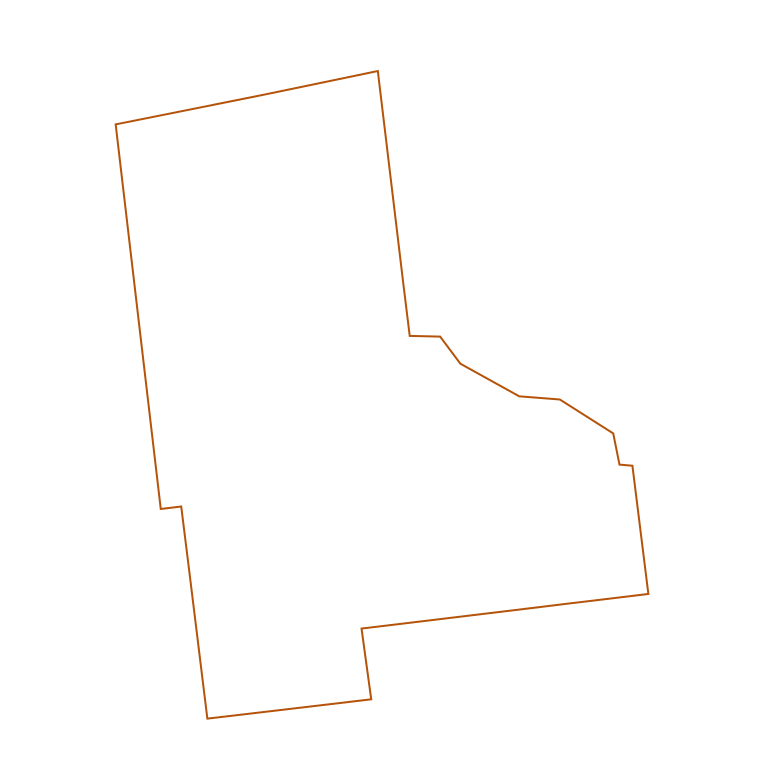 Jefferson Davis, Mississippi, United States of America, rotated 353°
{"feature_id": "52423323B71217436545860", "entity_name": "Jefferson Davis", "entity_type": "district", "adm_level": 2, "iso_a3": "USA", "parent_name": "United States of America", "parent_adm1": "Mississippi", "projection": "equal_earth", "projection_center": [-89.767, 31.582], "detail": "fine", "context": "isolated", "style": "outline", "palette": "amber", "viewbox_px": 768, "rotation_deg": 353, "n_neighbors": 0, "source": "geoboundaries", "source_scale": "gbopen_adm2", "svg_char_len": 451}
<svg xmlns="http://www.w3.org/2000/svg" viewBox="0 0 768 768"><g transform="rotate(353 384 384)"><path d="M538.8,624.4L620.8,624.6L620.6,495.4L607.9,492.7L605.5,461.0L556.6,420.8L516.7,412.7L462.3,373.2L445.5,343.8L415.4,339.4L415.4,287.2L415.8,147.6L416.0,72.6L297.7,82.4L149.3,93.6L147.2,480.8L167.8,480.9L167.9,545.9L167.9,613.1L167.9,694.6L332.9,695.4L331.9,624.0L518.4,624.4L538.8,624.4Z" fill="none" stroke="#b45309" stroke-width="2"/></g></svg>